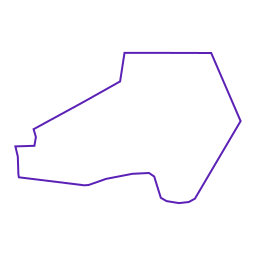 outline of Al-Hasna, Shamal Sina', Egypt
{"feature_id": "37247803B43495383669597", "entity_name": "Al-Hasna", "entity_type": "district", "adm_level": 2, "iso_a3": "EGY", "parent_name": "Egypt", "parent_adm1": "Shamal Sina'", "projection": "equal_earth", "projection_center": [33.353, 30.276], "detail": "fine", "context": "isolated", "style": "outline", "palette": "violet", "viewbox_px": 256, "rotation_deg": 0, "n_neighbors": 0, "source": "geoboundaries", "source_scale": "gbopen_adm2", "svg_char_len": 447}
<svg xmlns="http://www.w3.org/2000/svg" viewBox="0 0 256 256"><path d="M18.9,177.3L84.2,185.3L88.6,185.0L106.0,178.9L132.4,173.8L149.0,173.0L154.2,176.5L158.0,188.8L160.8,197.8L166.6,201.1L172.8,202.1L179.0,203.1L188.8,202.0L194.9,198.7L240.6,121.1L211.2,53.0L170.0,52.9L124.5,52.9L120.1,81.4L84.0,101.7L33.6,129.2L35.9,137.0L34.4,145.8L15.4,146.4L17.5,155.3L17.8,156.4L18.4,174.5L18.9,177.3Z" fill="none" stroke="#5b21b6" stroke-width="2"/></svg>